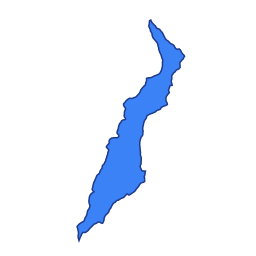 outline of Thrimshing, Tashigang, Bhutan, rotated 350°
{"feature_id": "84629894B18774539959245", "entity_name": "Thrimshing", "entity_type": "district", "adm_level": 2, "iso_a3": "BTN", "parent_name": "Bhutan", "parent_adm1": "Tashigang", "projection": "equal_earth", "projection_center": [91.6, 27.098], "detail": "fine", "context": "isolated", "style": "filled", "palette": "blue", "viewbox_px": 256, "rotation_deg": 350, "n_neighbors": 0, "source": "geoboundaries", "source_scale": "gbopen_adm2", "svg_char_len": 5881}
<svg xmlns="http://www.w3.org/2000/svg" viewBox="0 0 256 256"><g transform="rotate(350 128 128)"><path d="M137.7,173.5L137.3,173.5L136.1,173.0L135.5,173.0L135.1,173.1L134.2,172.2L133.4,169.4L133.3,168.3L133.4,167.3L134.0,166.4L134.6,165.8L134.7,164.9L135.2,163.1L135.4,161.7L135.7,160.7L135.9,159.2L135.6,158.1L135.6,155.8L136.1,154.2L136.1,153.1L136.6,147.0L136.7,145.6L137.0,144.9L137.3,143.3L138.7,140.5L139.4,139.3L140.2,138.5L140.9,138.0L141.5,136.9L141.7,135.7L141.8,135.3L141.9,134.9L142.3,133.9L142.4,133.1L142.2,132.2L142.2,131.5L142.5,130.9L142.7,130.1L142.7,129.7L143.7,127.7L143.9,126.9L144.3,125.9L144.8,124.9L145.3,124.1L145.7,123.4L146.1,123.0L147.0,122.3L148.0,120.9L148.6,119.4L149.2,119.1L151.6,118.2L152.8,118.0L153.7,117.8L154.6,117.7L155.4,117.5L156.0,117.2L156.7,117.2L157.6,116.9L158.4,116.5L158.8,116.2L159.3,115.9L159.9,115.7L162.5,115.3L163.0,115.1L163.6,114.6L163.8,114.0L164.4,113.6L165.4,113.2L166.9,112.7L168.5,112.5L169.2,112.4L169.8,112.0L170.8,111.8L170.9,111.1L170.8,110.2L170.7,109.5L170.3,108.4L170.2,107.8L170.2,106.8L170.5,105.5L170.9,104.2L171.2,103.5L171.6,103.2L172.2,102.7L172.5,102.3L174.1,101.0L174.8,100.4L174.6,98.7L174.5,97.5L174.7,97.1L175.2,96.5L175.5,95.8L176.1,95.0L176.5,93.9L177.0,93.5L177.9,93.5L178.5,93.7L179.0,93.6L178.9,92.9L178.9,91.9L178.7,90.8L178.7,89.8L179.0,88.4L179.7,87.2L179.8,86.8L179.9,85.8L179.9,85.1L180.2,84.1L180.7,83.5L181.2,83.1L182.0,82.2L182.3,81.8L183.4,81.1L183.9,81.0L184.4,80.6L185.4,79.5L186.0,79.2L187.9,78.8L188.6,78.5L189.4,77.8L189.9,77.3L190.0,75.9L190.1,75.4L190.2,74.9L190.2,74.3L190.3,73.8L190.5,72.6L191.0,72.0L191.3,71.8L191.8,71.5L193.2,70.2L194.3,69.6L195.3,68.1L195.6,67.6L196.1,67.4L196.0,66.7L195.7,66.1L195.6,65.7L194.6,64.4L194.4,64.0L194.0,63.1L193.7,62.6L193.6,61.9L193.4,61.1L193.0,60.1L192.6,59.6L192.1,59.0L191.3,59.0L190.4,59.1L189.2,58.5L188.7,57.8L188.1,56.5L187.8,55.2L187.2,54.2L186.4,53.4L185.8,53.1L185.1,52.6L184.4,51.9L183.7,50.9L183.1,50.1L182.8,49.5L181.0,47.8L180.6,47.0L180.2,46.3L179.9,45.4L179.9,45.0L179.6,44.4L179.3,43.7L179.3,42.9L179.2,42.3L179.0,41.9L178.6,41.0L178.3,39.7L177.5,38.9L177.3,38.5L176.9,37.4L176.2,36.3L175.4,35.7L174.5,35.2L173.9,34.9L173.5,34.3L173.2,34.0L172.9,32.7L172.4,31.8L171.8,31.3L171.4,30.6L170.7,29.5L169.7,27.9L169.4,26.8L169.2,25.6L167.8,26.1L167.1,28.9L166.3,30.6L166.3,31.8L166.3,32.4L166.6,33.1L166.7,34.0L167.2,34.9L166.9,35.9L167.0,36.6L167.3,37.3L167.8,38.3L168.0,39.2L167.9,40.8L168.0,42.1L168.3,43.4L168.6,44.1L169.7,45.9L170.3,47.0L170.7,47.8L171.3,48.5L171.6,49.5L171.8,50.8L171.8,51.9L172.1,54.3L172.0,56.3L172.2,57.7L172.6,59.6L172.8,60.4L173.0,60.8L173.3,62.5L173.6,65.4L173.9,66.2L173.9,67.1L173.7,68.4L173.3,69.3L173.1,70.9L173.0,71.4L172.7,72.8L172.3,74.0L171.1,76.6L170.3,77.8L168.6,79.9L167.4,80.4L165.7,80.8L162.3,81.5L159.9,82.3L159.1,82.4L157.3,82.2L156.4,82.1L154.9,82.3L154.7,83.2L154.5,84.6L154.1,85.3L153.6,86.0L152.6,88.4L152.2,89.0L151.8,89.1L151.3,89.3L150.7,89.9L150.0,90.3L148.4,91.6L147.6,92.5L147.2,92.7L146.1,94.7L145.0,95.9L142.4,97.9L140.7,99.1L139.2,99.0L137.9,99.5L136.6,99.5L134.6,99.0L133.1,99.5L130.9,100.8L129.4,102.3L127.9,103.3L127.6,104.5L128.0,106.4L128.8,107.6L128.8,109.3L127.8,110.5L127.2,111.7L126.8,114.1L126.3,114.9L126.4,116.5L127.1,117.7L127.1,118.9L126.3,119.2L125.3,119.2L124.0,119.4L122.8,119.9L122.4,120.5L121.7,121.4L121.4,121.7L120.9,121.9L120.5,122.3L120.1,122.9L119.0,124.8L118.5,126.4L118.2,127.1L117.0,129.1L116.6,129.9L116.4,130.5L116.4,131.5L116.7,132.0L117.2,132.6L117.4,133.1L117.6,133.5L117.6,134.2L117.5,134.6L117.1,135.0L116.6,135.4L116.0,135.7L115.3,135.7L113.2,135.2L111.2,135.1L110.4,135.1L109.4,135.3L108.6,135.7L107.9,136.3L107.3,137.1L107.1,137.7L106.8,139.6L106.4,140.1L105.4,140.8L104.2,141.8L103.6,142.5L103.4,142.8L103.4,143.2L103.9,144.0L104.7,145.2L105.1,145.9L105.1,146.4L104.8,147.2L104.3,148.0L103.7,149.1L103.5,150.0L103.3,150.7L102.7,151.4L102.2,152.3L102.1,152.6L102.0,153.2L101.8,153.7L101.4,153.9L101.1,154.4L100.9,154.8L100.6,155.8L100.1,156.7L99.6,157.2L99.0,158.0L98.4,159.0L98.1,159.3L97.4,159.7L96.2,160.7L95.9,161.5L95.7,162.2L95.4,163.3L95.1,163.6L94.6,163.9L94.2,164.2L93.7,164.8L92.9,165.8L92.4,167.0L92.0,167.5L91.6,167.8L90.6,168.5L89.8,168.8L88.7,169.9L88.0,171.2L87.0,172.6L86.3,173.9L85.2,175.2L84.7,176.0L84.2,177.3L83.6,178.3L83.2,179.9L82.5,181.0L82.1,182.0L82.1,182.6L82.5,183.7L83.4,184.6L83.2,185.1L81.8,185.6L80.4,186.3L79.1,187.5L78.2,188.8L77.6,190.4L76.9,192.8L76.7,193.6L76.7,194.1L76.7,195.2L76.7,195.7L77.1,197.6L77.0,198.3L76.4,199.5L75.6,200.7L74.4,201.9L73.7,202.7L72.8,205.4L72.0,206.9L71.0,208.1L70.2,209.0L69.5,210.1L69.3,210.8L68.9,211.5L68.0,212.2L64.3,213.6L62.7,214.5L60.7,216.2L61.0,218.5L61.0,219.6L61.1,221.4L60.9,223.7L60.2,225.0L59.9,227.4L60.2,230.4L60.8,229.4L61.6,227.9L63.4,225.4L64.2,224.1L64.8,223.5L65.4,223.0L65.8,223.0L66.3,223.1L66.7,223.3L67.4,223.5L68.1,223.4L69.0,223.0L70.5,222.3L71.4,221.6L73.0,220.2L74.2,219.4L75.7,218.3L77.5,217.1L78.2,216.7L79.3,216.6L80.3,216.3L81.4,215.8L82.0,215.5L82.6,215.4L83.2,215.6L84.0,216.0L84.6,216.6L85.3,217.0L86.4,217.4L86.8,217.0L87.4,216.2L88.2,214.9L88.8,213.0L89.2,212.1L89.7,211.2L90.3,210.6L90.7,210.1L91.7,209.4L92.8,208.7L94.0,207.7L94.5,207.2L95.3,205.7L96.3,204.5L97.2,203.8L98.0,202.5L98.9,201.4L100.2,199.9L100.7,199.6L101.5,199.1L101.8,199.0L102.2,199.1L102.6,198.9L103.9,197.7L104.3,197.4L104.7,197.4L105.8,197.4L106.3,197.3L109.1,196.1L109.9,196.0L110.2,196.0L110.8,195.9L111.9,195.5L112.3,195.3L113.4,194.3L115.2,193.0L115.6,192.9L116.1,192.9L116.3,193.2L116.7,193.8L117.2,194.2L117.7,194.2L121.3,192.6L122.5,192.1L123.9,191.3L124.5,190.9L124.7,190.5L125.4,189.7L126.2,189.0L127.5,188.1L128.6,186.9L130.2,185.2L131.0,184.6L131.5,184.3L133.2,184.2L134.5,183.9L135.3,183.3L135.3,182.0L135.4,181.4L135.6,180.1L135.6,178.6L136.2,177.6L136.6,176.8L137.1,174.9L137.7,173.5Z" fill="#3b82f6" stroke="#1e3a8a" stroke-width="1.5"/></g></svg>